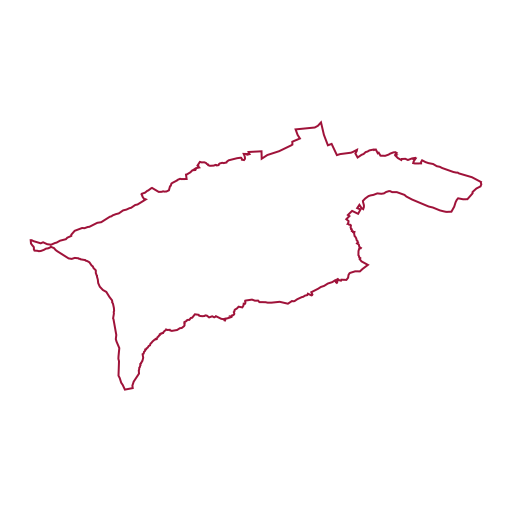 Miercurea Ciuc, Harghita, Romania (Equal Earth projection)
{"feature_id": "2599482B30524546463793", "entity_name": "Miercurea Ciuc", "entity_type": "district", "adm_level": 2, "iso_a3": "ROU", "parent_name": "Romania", "parent_adm1": "Harghita", "projection": "equal_earth", "projection_center": [25.758, 46.338], "detail": "fine", "context": "isolated", "style": "outline", "palette": "rose", "viewbox_px": 512, "rotation_deg": 0, "n_neighbors": 0, "source": "geoboundaries", "source_scale": "gbopen_adm2", "svg_char_len": 6055}
<svg xmlns="http://www.w3.org/2000/svg" viewBox="0 0 512 512"><path d="M132.7,388.1L132.4,385.6L133.7,381.6L139.0,373.6L138.8,370.4L139.1,369.8L139.3,367.6L139.9,367.0L140.0,366.1L140.5,365.3L140.2,364.1L141.1,363.4L141.1,362.7L142.2,361.4L142.2,360.9L142.5,360.5L143.2,357.7L142.6,354.2L143.6,353.6L144.1,351.7L144.8,351.2L145.2,350.3L145.2,349.5L146.2,349.3L146.4,348.5L147.7,347.6L148.7,346.0L150.0,345.3L150.5,343.6L151.4,342.9L152.5,341.5L154.6,339.7L156.4,339.2L156.1,338.7L156.7,338.5L157.4,337.7L157.5,337.2L158.6,336.4L158.8,335.7L159.8,335.1L159.8,334.2L161.0,333.5L161.6,333.7L162.2,333.0L163.1,333.0L163.4,332.3L164.6,330.9L166.1,329.9L166.2,329.5L167.5,330.0L169.8,329.8L170.1,330.4L171.8,330.9L177.1,330.0L179.9,328.2L181.7,328.0L184.0,326.2L184.5,325.4L184.6,324.8L184.3,323.8L184.7,323.3L184.3,322.2L184.5,322.0L186.4,321.1L186.7,320.4L187.7,319.9L189.3,319.9L190.8,318.0L192.2,317.7L194.9,314.3L198.6,314.8L198.9,315.5L200.2,316.0L202.6,316.2L204.5,316.0L205.3,315.4L206.8,315.6L209.1,317.4L212.2,316.3L214.2,317.3L215.5,316.7L215.9,316.2L221.2,318.8L222.7,319.1L224.2,319.0L224.4,320.3L225.0,320.5L225.3,319.8L224.7,319.4L225.2,318.6L227.8,318.3L228.7,317.6L229.1,317.8L231.1,317.1L230.5,316.3L231.4,316.3L232.2,315.8L232.1,315.4L233.4,315.0L234.1,314.4L234.3,313.7L233.8,312.1L234.4,311.5L234.5,310.3L235.0,309.6L236.9,308.5L238.6,306.7L242.3,307.4L243.4,305.7L243.7,303.7L244.8,303.9L245.2,303.5L245.4,302.4L245.1,301.4L245.2,300.7L245.9,300.5L252.0,299.6L255.0,300.7L258.1,300.6L259.4,302.1L265.5,302.2L267.8,302.7L271.1,302.7L279.7,301.8L287.9,303.7L292.0,301.0L293.0,301.3L294.5,301.1L297.3,299.2L301.8,297.1L303.2,296.8L305.0,295.6L307.3,295.1L307.9,293.7L311.4,295.4L312.0,295.2L312.4,294.6L311.3,292.2L318.2,288.7L320.8,287.0L324.1,285.9L327.9,283.5L332.3,282.1L335.1,280.3L335.9,282.2L336.8,282.9L337.1,282.6L337.5,280.9L337.0,279.5L337.8,279.0L338.8,280.0L340.4,280.6L341.1,280.6L341.4,279.7L346.4,279.9L348.1,277.7L348.5,275.0L349.5,273.3L350.1,272.9L355.2,271.3L359.9,271.4L362.6,268.9L367.9,264.9L361.5,261.4L359.6,259.0L360.3,258.1L359.1,257.1L359.0,256.1L358.4,255.2L358.5,251.0L359.3,248.3L360.6,248.4L360.9,248.0L359.9,247.4L359.2,246.4L358.8,244.5L357.0,243.4L357.9,242.4L357.6,242.2L357.6,241.2L356.7,240.3L356.2,238.3L355.2,236.6L354.6,236.1L354.1,233.5L354.4,232.0L353.0,232.1L352.9,231.3L351.8,231.1L351.8,229.3L351.0,229.0L351.0,228.3L350.6,227.6L350.9,225.4L350.3,224.8L349.1,224.7L348.2,223.9L347.7,223.9L348.5,222.1L348.5,221.0L346.3,219.2L349.4,216.1L347.9,215.0L352.1,210.9L358.1,213.8L360.5,209.5L357.2,208.1L359.4,204.8L361.5,208.0L363.2,209.1L363.9,207.0L363.9,205.2L363.0,201.9L362.9,200.9L365.2,198.5L368.5,196.1L370.6,195.4L373.4,194.9L377.3,193.4L381.3,193.8L383.9,193.4L386.1,192.0L389.0,191.1L390.0,191.1L392.1,192.1L396.7,192.1L404.5,194.9L406.3,196.5L412.0,199.5L428.6,206.5L432.8,207.5L439.9,210.4L443.9,211.4L446.3,211.9L451.4,211.7L454.2,206.7L455.6,202.2L456.7,200.0L458.1,198.3L463.2,199.3L467.4,199.2L472.1,193.9L472.6,193.2L472.5,192.2L473.1,191.5L476.4,188.5L480.5,186.4L481.3,184.3L480.8,182.5L481.0,182.0L471.9,177.2L458.9,173.4L457.7,172.6L456.2,172.6L453.4,172.0L442.1,168.0L439.8,166.8L436.8,166.2L433.1,164.0L428.4,163.1L425.5,162.1L422.1,160.3L421.1,162.0L421.1,163.4L415.0,163.5L413.2,163.1L413.7,161.3L415.3,158.9L414.6,159.0L414.7,158.6L413.1,158.9L413.0,158.6L415.5,158.2L415.4,157.9L412.1,158.4L407.9,160.0L405.3,158.8L401.7,159.0L401.3,160.0L397.9,158.1L395.4,155.6L396.5,154.9L395.5,154.4L396.7,153.0L395.4,152.2L393.4,152.4L390.2,153.6L388.6,154.6L385.2,155.8L381.0,155.7L380.5,155.7L378.7,152.7L377.8,153.3L375.8,149.5L374.0,150.0L373.8,149.5L369.4,150.4L367.6,151.5L365.6,152.1L363.6,154.0L361.6,154.8L357.6,157.5L355.4,153.5L356.8,150.9L357.0,149.8L352.8,152.0L351.0,152.7L340.1,154.1L336.9,155.1L331.6,143.9L327.9,145.3L323.9,134.8L321.0,122.4L317.9,125.8L314.8,127.5L295.6,129.4L297.6,134.9L299.9,138.5L292.3,141.7L292.4,144.6L291.1,145.4L279.1,151.2L267.4,155.0L261.7,158.7L261.5,151.3L248.5,152.0L248.8,153.1L249.5,154.1L247.3,154.7L247.1,154.0L243.7,153.9L244.7,156.3L245.0,158.2L244.9,158.9L244.0,160.1L241.9,159.7L241.9,159.0L241.2,157.8L240.8,157.7L237.1,158.2L228.7,160.3L226.8,161.7L226.5,162.5L223.6,163.1L222.2,162.8L219.7,163.5L218.9,164.2L218.6,165.1L217.8,165.3L216.5,165.4L216.3,165.0L215.4,164.9L213.8,165.6L209.9,165.8L208.2,165.2L208.1,164.5L206.9,164.0L206.0,163.0L204.3,162.3L201.7,162.4L199.9,161.9L197.6,165.4L198.4,165.9L198.6,166.7L198.4,166.7L199.1,167.5L195.9,168.2L195.3,168.6L196.0,168.7L195.4,170.0L192.4,170.3L190.4,172.3L186.9,174.4L186.0,174.6L186.6,179.0L181.2,179.1L180.1,178.8L177.5,179.9L177.3,180.3L172.2,183.0L171.4,183.6L170.8,185.7L170.0,186.3L168.9,190.3L166.4,191.5L164.2,191.6L163.1,191.3L161.8,191.8L158.7,191.9L152.0,187.9L151.3,188.2L148.2,190.5L147.3,190.8L145.0,192.7L141.7,193.8L141.5,194.3L142.3,195.8L142.4,196.5L144.3,199.3L145.1,199.1L145.8,199.4L137.5,204.5L135.2,205.0L131.1,207.8L129.4,208.2L126.4,209.6L123.1,210.4L118.8,213.4L116.0,214.1L112.6,215.4L111.5,216.3L109.9,216.7L101.2,222.2L97.3,222.8L89.4,226.8L87.7,227.0L84.5,228.2L82.1,228.0L74.7,230.8L71.3,234.7L71.3,235.9L67.3,237.7L65.9,239.2L60.0,240.7L56.6,242.6L55.0,243.0L51.1,244.7L47.2,244.2L43.1,242.3L40.7,243.3L33.4,241.1L31.7,240.2L30.7,240.2L31.0,243.5L32.5,245.6L33.6,246.7L33.9,247.8L33.9,249.4L34.5,250.6L37.5,250.8L38.8,251.2L40.8,251.0L43.8,249.9L46.1,248.6L47.9,248.4L49.9,247.6L50.8,246.8L54.0,248.1L55.6,250.0L57.2,251.2L68.6,258.4L71.7,258.9L74.8,257.9L78.5,258.3L79.0,258.8L80.1,258.9L80.5,259.3L85.3,260.1L85.6,260.6L87.3,261.1L89.4,262.3L91.6,265.5L92.8,266.4L93.6,268.2L95.6,270.1L95.8,270.5L95.8,273.0L96.8,275.7L97.0,275.8L97.0,276.8L97.8,279.5L98.2,283.1L99.8,286.7L102.9,290.0L106.3,291.9L109.4,296.9L112.0,300.3L112.3,301.7L112.1,302.1L113.0,303.8L113.9,308.0L114.1,310.9L113.7,312.0L113.9,313.5L113.1,318.4L113.5,319.3L116.3,335.0L115.8,339.1L116.5,341.5L119.3,348.1L118.5,356.5L118.4,358.8L119.0,361.2L118.5,375.7L119.7,378.0L121.2,382.7L122.7,384.9L124.9,389.6L132.7,388.1Z" fill="none" stroke="#9f1239" stroke-width="2"/></svg>